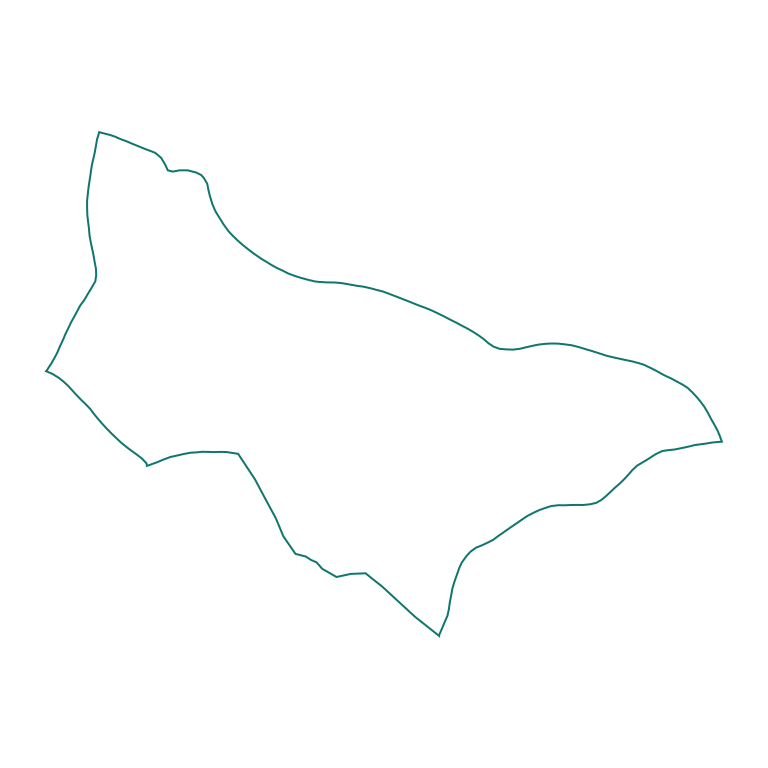 Al Mukalla, Hadramawt, Yemen (Robinson projection)
{"feature_id": "15242507B18959101282675", "entity_name": "Al Mukalla", "entity_type": "district", "adm_level": 2, "iso_a3": "YEM", "parent_name": "Yemen", "parent_adm1": "Hadramawt", "projection": "robinson", "projection_center": [48.878, 14.721], "detail": "fine", "context": "isolated", "style": "outline", "palette": "teal", "viewbox_px": 768, "rotation_deg": 0, "n_neighbors": 0, "source": "geoboundaries", "source_scale": "gbopen_adm2", "svg_char_len": 4338}
<svg xmlns="http://www.w3.org/2000/svg" viewBox="0 0 768 768"><path d="M99.2,132.1L99.0,132.9L97.8,136.9L97.1,139.1L96.3,143.8L95.8,146.6L95.1,150.4L94.3,154.8L93.1,159.7L92.1,164.1L91.0,170.5L90.6,173.9L89.9,178.5L89.4,181.8L88.8,185.5L88.1,191.1L87.9,193.3L87.7,195.2L87.2,199.5L87.1,201.5L87.1,207.7L87.3,214.1L87.3,214.6L88.0,221.2L88.7,226.4L88.9,228.1L89.3,232.8L89.6,235.9L90.9,243.0L91.4,245.3L92.2,249.0L93.5,255.2L94.0,258.1L94.6,261.7L95.9,268.4L96.2,275.2L95.3,281.4L92.7,285.8L91.6,287.8L87.7,294.2L84.0,300.5L80.3,305.3L77.5,310.6L74.2,316.8L72.9,319.0L70.9,322.7L68.2,328.4L65.5,333.9L63.1,339.6L59.8,346.7L57.3,352.6L56.3,354.5L54.4,358.1L51.1,363.8L48.4,367.9L47.7,369.1L46.1,371.2L47.4,371.7L52.6,374.0L57.6,377.1L58.9,377.9L63.4,381.5L67.9,385.6L71.8,389.9L76.3,394.8L81.1,399.8L83.8,402.4L85.6,404.1L90.3,409.0L93.1,412.8L94.0,414.0L97.7,418.5L102.2,423.7L103.4,425.0L106.5,428.4L111.8,433.8L116.3,438.1L121.4,442.9L126.1,446.7L126.3,446.8L127.5,447.8L131.8,451.0L136.0,454.0L137.0,454.7L142.1,458.7L143.4,460.1L146.4,463.2L146.5,463.8L147.0,465.9L155.0,463.0L157.0,462.3L163.4,459.6L170.4,457.0L177.6,455.4L184.2,453.9L188.0,453.2L190.8,452.7L193.9,452.5L196.4,452.4L202.1,451.8L203.2,451.8L208.3,451.9L214.3,452.1L216.1,452.0L219.9,451.9L226.2,452.0L233.4,453.1L237.9,453.8L238.1,453.8L255.0,479.4L265.3,498.8L275.8,518.2L283.4,536.4L295.5,553.9L305.7,556.5L311.3,560.1L316.5,562.3L322.3,568.9L327.8,572.0L336.5,577.0L350.8,573.9L358.4,573.6L365.6,573.3L372.0,578.5L382.0,586.4L409.9,612.1L415.4,617.1L439.1,635.9L439.1,635.6L439.2,634.9L441.7,629.2L444.2,623.2L447.5,615.6L448.8,609.6L449.9,601.9L451.2,595.2L452.3,588.8L454.4,581.8L457.2,573.9L459.2,568.1L461.9,562.4L466.6,555.9L470.7,551.5L476.1,547.6L481.5,545.5L483.7,544.5L487.9,542.5L493.2,539.8L498.4,535.9L504.6,531.6L510.7,527.3L515.9,523.8L521.8,519.7L527.6,515.8L531.0,514.1L533.8,512.6L537.6,510.9L539.2,510.1L544.6,508.2L551.0,506.1L558.4,505.2L565.0,505.3L570.8,505.0L576.9,504.9L582.9,505.0L587.8,504.5L588.1,504.5L590.5,504.2L592.7,503.7L594.1,503.3L595.7,503.0L596.3,502.8L601.3,500.0L601.9,499.5L606.0,496.1L610.4,492.0L614.7,487.9L619.1,484.1L619.7,483.6L624.4,479.0L628.6,474.4L632.5,469.9L637.3,465.5L642.4,462.5L647.4,459.5L655.6,454.2L662.3,451.0L667.9,450.2L674.6,449.5L681.6,448.1L689.0,446.5L695.0,445.0L700.6,444.3L706.4,443.5L712.4,442.5L720.0,441.8L721.9,441.7L720.6,438.2L719.9,436.2L717.5,430.5L717.4,430.2L716.9,429.3L714.1,424.2L710.8,418.5L709.3,415.5L707.7,412.5L704.8,407.6L704.3,406.7L703.8,406.1L700.4,401.5L696.5,396.8L692.0,392.0L691.2,391.3L687.7,387.9L682.7,384.7L679.4,382.9L677.2,381.7L672.4,379.1L671.3,378.5L665.6,375.9L663.6,374.9L660.5,373.2L655.1,370.2L650.5,367.9L650.0,367.7L646.5,366.0L644.3,364.9L638.9,363.2L637.8,362.9L632.6,361.5L626.0,360.1L619.9,358.8L613.5,357.4L606.4,355.7L602.2,354.3L598.5,353.1L592.8,351.3L591.0,350.7L588.8,350.1L584.4,348.8L578.1,346.9L571.3,345.2L569.8,345.0L563.6,344.2L558.0,343.6L551.5,343.5L545.9,343.8L539.1,344.5L535.5,345.2L533.5,345.6L530.4,346.3L528.1,346.8L524.8,347.6L519.9,348.8L513.1,349.6L506.3,349.4L502.8,349.1L499.8,348.9L493.7,346.7L488.5,343.3L485.8,340.9L483.8,339.2L478.9,335.6L473.2,331.9L467.3,328.5L461.9,325.7L456.4,322.7L454.9,322.0L449.5,319.3L445.0,316.9L443.0,315.8L441.1,315.0L437.7,313.3L430.7,310.0L429.6,309.6L425.4,307.9L418.7,305.4L415.1,304.0L411.7,302.6L404.6,299.8L396.9,296.8L391.4,294.7L389.6,294.0L383.2,291.6L377.7,290.2L376.5,289.9L370.7,288.3L365.4,287.1L363.0,286.6L356.8,285.8L353.1,285.1L350.1,284.6L347.5,284.1L341.5,283.1L338.5,282.8L334.6,282.5L327.4,282.4L323.9,282.2L320.2,282.0L317.9,281.8L314.7,281.4L306.9,279.5L302.1,278.2L301.0,277.9L295.0,276.0L288.5,273.6L283.8,271.2L283.2,270.9L277.2,268.1L274.6,266.7L271.3,264.9L266.4,261.8L265.8,261.5L260.6,258.3L253.7,253.5L247.6,248.9L242.1,244.4L237.0,239.9L232.3,235.3L229.4,232.2L228.2,230.8L223.5,224.3L218.9,216.9L216.0,212.2L215.6,211.5L214.8,209.9L212.3,203.9L211.0,199.6L210.0,196.4L208.5,190.3L207.3,184.1L207.2,183.7L203.8,177.9L202.6,176.6L201.0,174.9L196.1,172.5L187.6,170.3L179.8,170.3L172.8,171.6L167.8,170.3L165.1,164.5L161.2,157.9L155.3,152.9L153.9,152.3L151.6,151.4L145.4,149.1L138.5,146.3L132.1,143.7L126.8,141.4L121.4,139.4L120.6,139.1L119.9,138.8L114.7,136.5L109.1,134.7L101.6,132.8L100.8,132.6L99.2,132.1Z" fill="none" stroke="#0f766e" stroke-width="2"/></svg>